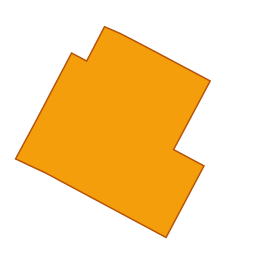 the district of Meeker, Minnesota, United States of America, rotated 298°
{"feature_id": "52423323B82723700819743", "entity_name": "Meeker", "entity_type": "district", "adm_level": 2, "iso_a3": "USA", "parent_name": "United States of America", "parent_adm1": "Minnesota", "projection": "robinson", "projection_center": [-94.489, 45.109], "detail": "fine", "context": "isolated", "style": "filled", "palette": "amber", "viewbox_px": 256, "rotation_deg": 298, "n_neighbors": 0, "source": "geoboundaries", "source_scale": "gbopen_adm2", "svg_char_len": 349}
<svg xmlns="http://www.w3.org/2000/svg" viewBox="0 0 256 256"><g transform="rotate(298 128 128)"><path d="M49.2,213.0L130.2,212.9L130.3,178.4L208.1,178.5L208.1,144.5L208.1,110.9L207.8,77.1L206.4,59.7L167.7,60.1L167.7,43.0L119.8,43.2L113.0,43.3L86.7,43.4L47.9,43.2L49.6,77.2L49.2,213.0Z" fill="#f59e0b" stroke="#b45309" stroke-width="1.5"/></g></svg>